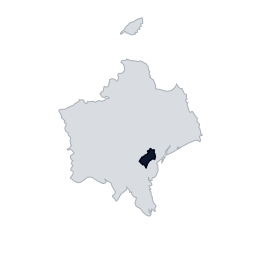 location of Deux-Sèvres within France, rotated 234°
{"feature_id": "FRA-5285", "entity_name": "Deux-Sèvres", "entity_type": "Metropolitan department", "adm_level": 1, "iso_a3": "FRA", "parent_name": "France", "parent_adm1": "", "projection": "albers", "projection_center": [-0.346, 46.535], "detail": "fine", "context": "in_parent", "style": "filled", "palette": "ink", "viewbox_px": 256, "rotation_deg": 234, "n_neighbors": 0, "source": "natural_earth", "source_scale": "10m", "svg_char_len": 5547}
<svg xmlns="http://www.w3.org/2000/svg" viewBox="0 0 256 256"><g transform="rotate(234 128 128)"><path d="M179.6,105.3L178.4,106.2L177.7,107.7L176.9,108.2L175.3,108.3L174.5,107.5L172.7,108.3L172.0,109.3L173.3,110.3L170.0,115.5L167.8,117.0L167.5,120.2L164.9,122.8L164.1,125.3L164.1,125.8L164.8,126.6L164.7,128.2L163.3,129.4L163.4,130.4L163.8,130.5L165.9,129.5L166.7,128.5L166.2,127.2L168.2,125.4L172.1,125.5L172.8,127.6L172.4,129.4L175.6,133.1L173.3,135.1L173.3,136.3L176.2,140.0L177.9,141.5L177.3,144.2L174.8,146.1L173.0,146.1L172.3,146.6L172.5,147.4L173.9,149.7L177.0,151.0L177.6,152.7L176.8,153.5L175.7,156.3L176.4,157.6L176.3,158.2L176.6,159.1L177.5,159.9L181.8,161.8L185.5,161.0L186.1,162.3L184.2,166.1L184.5,167.7L183.3,167.8L183.2,168.4L181.0,169.8L177.6,173.7L175.9,174.9L175.4,176.8L174.4,177.9L169.2,180.4L168.1,180.1L165.5,180.3L163.7,179.1L160.5,178.6L159.4,176.7L156.4,176.6L156.2,175.3L152.1,176.8L146.2,175.4L144.1,173.7L142.4,174.2L141.0,176.0L135.0,180.7L132.7,185.3L133.4,190.6L135.0,193.1L131.1,192.9L128.8,193.7L128.2,194.9L122.7,193.7L120.7,194.9L120.2,194.8L119.4,193.8L116.7,192.6L117.1,191.7L116.7,190.9L114.2,190.4L113.3,191.1L112.4,189.6L105.3,187.3L104.1,187.4L103.7,189.8L99.2,189.8L98.5,189.3L95.6,189.9L92.5,187.6L89.0,188.1L86.9,185.8L84.9,185.6L82.0,184.4L80.7,183.7L80.5,183.1L79.7,184.1L78.6,183.8L78.4,183.5L79.1,182.3L79.2,180.8L75.6,179.6L74.7,178.5L74.7,178.0L76.6,177.5L78.4,175.5L80.2,168.1L81.4,159.2L82.3,157.6L83.4,157.1L82.6,155.9L81.5,157.5L82.2,149.4L83.5,143.4L86.4,145.9L87.1,147.0L87.9,150.6L89.6,152.1L88.5,150.6L87.5,145.8L86.8,144.4L82.2,140.4L82.1,139.5L84.1,140.0L83.3,136.9L82.9,130.6L80.1,130.0L75.7,127.2L72.8,122.3L72.5,120.5L73.3,118.6L72.6,117.4L71.4,116.5L72.4,114.9L73.3,114.7L76.4,115.7L73.9,114.1L69.7,114.6L68.0,114.0L67.7,112.8L68.9,111.4L67.5,110.4L65.2,110.6L64.9,110.2L65.6,109.2L65.0,108.8L63.1,109.1L62.0,108.7L61.0,107.5L57.8,107.1L57.2,106.4L52.9,104.8L48.4,104.9L47.2,102.4L44.6,101.1L45.1,100.4L47.9,99.8L48.5,99.2L46.5,98.1L45.9,97.1L49.6,97.0L48.0,95.9L44.4,95.8L44.0,94.4L44.6,92.9L46.7,91.7L51.8,90.5L55.6,90.7L58.3,89.1L60.9,88.7L63.3,89.6L66.5,93.9L69.2,92.2L73.2,92.3L74.0,93.4L75.1,91.5L75.9,92.6L80.8,92.3L79.7,91.6L78.8,89.8L78.7,83.3L76.3,78.6L75.8,76.8L75.9,75.4L78.8,75.7L81.1,75.1L82.3,75.5L82.5,78.6L83.5,80.3L90.1,80.9L93.9,81.9L97.1,80.1L100.1,79.3L100.3,78.9L98.6,79.1L97.0,78.4L96.8,77.6L97.6,75.2L102.1,72.6L108.7,70.2L110.4,68.7L112.2,66.0L111.8,65.3L111.9,58.1L112.8,55.7L115.3,53.9L121.5,51.9L122.4,54.2L122.4,55.5L124.1,57.5L125.0,58.1L127.7,56.9L129.1,58.7L129.6,60.8L133.0,61.6L134.2,64.3L134.7,63.7L136.9,63.7L137.9,63.9L139.3,65.0L139.0,66.7L139.6,67.5L139.1,69.0L139.6,69.7L143.5,69.4L144.6,68.7L145.0,67.1L146.1,66.1L146.6,66.4L146.0,69.3L146.6,70.0L147.0,72.0L148.5,72.1L151.5,73.5L154.1,76.1L157.1,75.4L159.5,76.7L161.9,75.7L164.3,76.4L165.2,77.1L167.6,80.7L169.2,79.8L170.5,80.1L170.9,81.2L175.3,80.1L176.2,81.1L177.1,81.4L182.9,82.3L183.1,83.7L180.3,88.1L179.4,94.0L178.7,96.1L178.5,97.7L178.9,98.6L178.8,100.2L178.5,104.1L179.0,105.1L179.6,105.3ZM209.8,180.6L209.7,183.0L210.8,184.6L212.0,191.5L210.6,195.0L210.7,199.0L209.0,204.1L205.2,202.4L204.0,201.3L204.8,199.4L202.6,198.6L202.9,196.8L202.6,196.0L201.1,196.0L201.0,195.6L201.9,194.1L201.8,193.2L200.3,192.3L199.9,191.4L201.1,190.2L200.4,189.3L199.7,189.2L201.1,185.9L202.2,184.8L204.8,183.6L205.8,182.3L207.7,182.7L208.0,182.4L207.9,177.4L208.5,177.2L209.2,177.8L209.8,180.6ZM82.5,137.3L82.0,138.7L80.3,136.2L80.1,134.9L82.5,137.3Z" fill="#d9dde1" stroke="#a8b0b8" stroke-width="1"/><path d="M89.1,133.5L88.9,133.4L88.6,133.2L87.7,132.0L87.3,131.7L87.5,131.5L87.5,131.3L87.4,131.1L87.3,130.8L87.6,130.7L88.0,130.5L88.1,130.4L88.4,130.4L88.5,130.4L88.9,130.0L89.0,129.9L89.3,130.0L89.5,129.9L89.6,129.7L89.4,129.4L89.0,129.1L88.9,129.1L88.7,129.1L88.7,128.8L88.7,128.7L88.8,128.4L88.8,128.2L88.6,127.3L88.7,127.2L88.8,127.0L88.9,126.9L88.9,126.6L88.8,126.2L88.8,125.8L88.7,125.7L88.5,125.4L88.5,125.2L88.5,124.9L88.4,124.7L88.1,124.0L87.8,123.5L87.7,123.2L87.8,122.8L87.8,122.7L87.7,122.4L87.5,122.2L86.8,121.8L86.7,121.6L86.5,121.2L86.5,120.9L86.5,120.7L86.3,120.5L86.1,120.3L85.9,120.2L85.8,119.9L85.6,119.7L85.2,119.4L85.3,119.3L85.3,119.2L85.5,119.1L86.1,119.5L86.3,119.6L87.1,119.4L87.4,119.5L88.0,119.6L88.7,119.5L88.9,119.4L89.0,119.4L89.2,119.2L89.7,119.0L89.7,118.9L89.6,118.6L89.6,118.4L89.8,118.3L90.0,118.2L90.3,118.2L90.5,118.3L91.3,118.1L91.6,118.0L92.8,117.8L93.4,117.8L93.6,117.8L93.8,117.8L94.0,117.9L94.1,118.1L94.1,118.3L94.5,118.5L94.6,118.3L94.8,118.9L94.9,119.3L94.9,119.5L95.0,119.5L95.3,119.6L95.3,119.9L95.3,120.0L95.7,121.2L95.8,121.5L96.1,121.7L96.1,121.8L96.1,122.1L95.8,122.2L95.6,122.2L95.6,122.5L95.6,122.9L95.6,123.1L95.7,123.3L95.9,123.5L96.0,123.7L95.9,123.9L95.8,124.3L95.6,124.6L95.5,124.9L95.5,125.1L95.5,125.4L95.6,125.5L96.0,125.7L96.0,125.8L96.0,126.0L95.7,126.9L95.5,127.3L95.4,127.4L95.4,127.6L95.4,127.8L95.5,127.9L95.6,128.0L95.7,128.4L95.7,129.0L95.8,129.3L96.0,129.5L96.1,130.0L96.1,130.3L96.3,130.6L96.6,130.7L96.8,130.7L96.9,130.4L97.1,130.2L97.3,130.1L97.5,130.1L97.8,130.3L97.8,130.7L97.8,131.1L97.6,131.4L97.2,132.0L97.1,132.4L97.1,132.6L97.2,132.8L97.3,132.9L98.0,133.2L98.1,133.3L98.2,133.5L98.1,133.8L98.1,134.0L97.9,134.3L97.7,134.3L97.6,134.1L97.4,134.0L96.9,134.1L96.3,134.4L95.7,134.9L95.4,135.5L95.3,135.8L95.2,136.0L94.7,136.3L94.5,136.2L93.8,135.4L92.9,134.7L92.4,134.5L91.6,134.5L91.1,134.0L90.8,134.0L90.3,134.1L90.1,133.9L89.8,133.6L89.6,133.5L89.1,133.5Z" fill="#0f172a" stroke="#020617" stroke-width="1.5"/></g></svg>